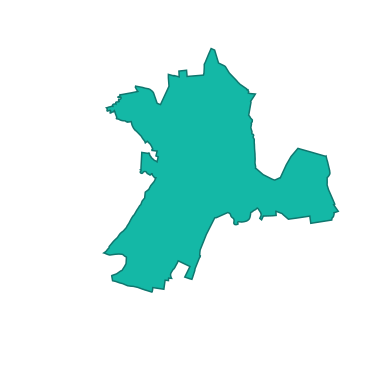 Cauas, Satu Mare, Romania, rotated 224°
{"feature_id": "2599482B72744366399171", "entity_name": "Cauas", "entity_type": "district", "adm_level": 2, "iso_a3": "ROU", "parent_name": "Romania", "parent_adm1": "Satu Mare", "projection": "albers", "projection_center": [22.564, 47.598], "detail": "fine", "context": "isolated", "style": "filled", "palette": "teal", "viewbox_px": 384, "rotation_deg": 224, "n_neighbors": 0, "source": "geoboundaries", "source_scale": "gbopen_adm2", "svg_char_len": 6027}
<svg xmlns="http://www.w3.org/2000/svg" viewBox="0 0 384 384"><g transform="rotate(224 192 192)"><path d="M214.5,306.5L218.7,303.1L220.2,302.3L221.0,303.6L221.9,303.8L222.6,304.4L222.9,304.5L223.1,304.4L223.2,303.8L223.4,303.7L224.2,304.0L224.6,304.1L232.6,302.8L233.9,302.9L234.6,302.8L237.3,303.1L247.9,303.5L255.2,305.4L256.8,305.1L262.5,303.2L274.3,309.8L277.9,308.5L275.7,302.5L272.5,294.4L271.9,292.4L269.6,290.0L266.1,286.0L265.9,285.7L265.0,284.0L275.8,271.7L280.5,275.8L285.4,269.9L281.2,265.9L285.8,263.3L286.0,263.1L286.0,262.9L285.9,262.8L290.7,260.2L288.3,257.7L282.0,252.1L275.4,233.0L277.3,232.1L278.5,231.7L278.9,231.7L288.6,236.6L290.3,236.9L291.6,236.8L293.4,236.6L294.8,236.1L298.0,234.0L300.0,233.0L306.1,229.0L305.5,228.0L302.0,226.9L300.8,226.7L304.4,221.4L310.8,212.5L311.3,212.0L311.7,211.9L311.9,211.8L311.1,211.8L310.8,211.6L310.7,211.3L310.8,210.7L310.7,209.8L311.2,209.2L311.3,209.0L311.2,208.8L311.0,208.7L310.6,208.9L310.0,209.4L309.5,210.4L309.3,210.6L309.1,210.8L308.8,210.8L308.2,210.2L308.0,209.7L308.0,209.2L308.1,208.7L308.2,208.4L309.0,207.7L308.7,207.0L308.4,206.9L307.6,206.8L307.3,206.6L307.3,206.4L307.3,206.1L308.9,204.2L309.0,204.0L309.0,203.4L308.2,202.7L308.4,202.7L308.4,202.2L308.5,201.9L309.0,201.3L309.4,200.8L309.6,200.3L309.6,199.8L309.5,199.3L308.4,198.6L309.5,197.7L309.9,196.6L310.7,195.6L311.2,194.5L311.6,193.8L312.0,193.1L311.2,193.1L310.7,192.9L310.5,192.7L310.0,191.8L309.5,191.4L309.2,191.4L309.0,191.5L307.7,193.9L307.5,194.0L307.2,194.0L306.9,193.7L306.2,192.4L305.7,192.0L305.3,192.4L305.2,193.1L305.1,193.7L305.0,193.9L304.7,194.4L304.1,195.2L304.0,195.4L304.1,195.7L304.4,196.1L304.5,196.3L304.5,196.6L303.3,196.2L301.5,195.1L298.0,193.5L297.9,193.3L297.6,192.6L297.5,192.4L297.2,192.3L295.9,193.1L295.2,193.5L294.2,193.8L293.7,193.9L292.4,194.5L291.3,195.2L289.7,196.6L288.8,196.9L287.9,196.9L287.1,197.8L286.8,197.6L285.9,198.7L284.9,200.2L284.7,200.4L281.8,198.6L280.2,197.9L278.4,197.3L277.3,197.1L275.6,196.9L275.5,197.1L273.0,197.1L267.3,196.9L264.7,196.2L261.3,195.7L259.7,194.9L259.4,197.4L255.2,197.4L252.7,196.7L250.2,195.7L250.1,194.1L250.1,193.8L250.2,193.7L245.5,197.2L243.0,192.9L240.7,193.8L238.1,189.4L239.2,189.3L241.0,188.6L245.2,188.5L246.2,188.9L247.8,189.0L249.2,190.0L250.0,190.2L250.4,189.7L250.2,189.4L255.6,185.6L245.6,174.1L244.4,172.8L244.5,172.3L244.3,172.4L243.8,172.3L243.4,171.9L243.3,171.5L243.3,170.7L243.1,170.4L242.7,170.1L242.4,170.1L241.9,170.1L241.5,170.2L240.9,170.7L240.7,171.4L240.9,172.6L240.8,172.9L240.6,173.6L240.0,174.1L239.4,174.5L238.9,174.6L238.6,174.6L237.8,174.4L237.0,174.2L235.9,174.6L234.0,175.0L233.8,175.3L233.8,176.8L233.8,177.1L233.4,177.4L233.1,177.3L232.3,176.7L228.8,176.3L228.6,176.4L227.9,177.1L227.5,176.3L226.5,173.3L226.1,168.0L225.9,167.2L224.9,163.9L225.5,159.4L221.9,154.8L221.7,152.3L221.6,151.1L221.3,150.2L220.0,147.2L220.1,146.7L220.1,145.7L219.4,142.6L219.1,140.7L217.9,136.1L217.7,134.6L217.8,133.9L217.2,130.9L215.6,125.5L215.1,122.7L214.5,120.8L214.4,118.4L214.3,116.2L214.6,114.6L214.8,112.4L214.6,110.7L214.0,107.5L214.2,103.4L214.2,101.8L213.7,95.2L212.9,94.3L212.9,92.3L212.8,91.1L212.7,90.9L212.6,90.0L212.8,88.3L213.1,86.9L211.1,87.9L210.9,87.8L209.3,88.5L207.7,89.3L207.0,90.0L204.5,93.2L203.6,94.3L201.5,96.6L199.1,98.6L198.1,99.0L196.0,99.1L194.0,99.6L193.8,99.5L193.3,98.9L189.8,94.8L189.6,94.4L188.8,91.6L187.9,87.1L188.0,86.6L188.4,85.8L189.1,82.2L189.4,80.7L191.6,76.3L191.6,76.0L187.5,73.0L184.9,74.6L180.9,76.4L178.3,77.9L173.3,79.8L170.9,81.5L168.6,83.4L164.6,85.8L160.2,87.7L158.9,88.4L158.5,88.5L156.0,89.8L151.4,92.1L151.3,92.3L151.4,92.6L152.4,94.3L152.5,94.3L153.8,96.0L144.7,102.5L150.1,109.9L147.4,111.9L149.0,113.8L146.7,115.7L147.6,116.0L149.0,116.8L150.1,117.7L150.8,118.9L151.2,120.4L151.8,123.3L151.7,123.6L151.6,123.9L151.8,125.4L152.1,126.6L152.4,127.4L153.3,130.8L154.1,132.9L141.7,137.0L138.1,125.8L133.4,128.0L131.4,129.1L132.3,131.1L135.4,137.4L136.5,138.9L140.9,149.7L141.3,150.8L141.1,151.0L141.7,151.9L142.5,151.8L144.4,154.0L145.9,156.0L149.4,164.6L152.2,171.4L157.7,189.2L157.7,189.4L156.9,190.1L156.6,190.6L152.0,202.1L150.4,202.7L149.7,202.8L148.9,202.6L146.9,201.6L146.1,201.5L144.2,201.7L143.2,201.6L142.1,200.9L141.4,200.1L140.8,199.2L139.9,198.4L139.4,198.3L138.8,198.3L138.6,198.4L137.8,198.9L137.5,199.2L136.6,200.7L136.7,200.9L137.3,201.4L138.1,201.9L138.1,202.5L138.0,202.8L137.6,203.2L135.4,204.9L134.0,206.7L133.6,207.3L132.7,208.8L132.4,209.5L132.1,211.0L132.1,212.5L132.8,214.2L134.1,216.2L135.5,218.0L135.5,218.3L135.1,219.1L134.9,219.9L134.8,221.5L134.1,223.4L134.0,224.3L134.0,225.2L134.0,225.5L133.7,225.9L132.4,225.8L128.8,225.0L127.6,224.5L126.8,224.0L125.9,222.9L125.7,222.5L125.4,221.4L124.9,220.1L122.6,220.3L124.0,224.3L123.8,224.4L117.8,230.6L115.2,233.6L118.3,236.4L118.2,236.5L112.1,239.1L111.6,239.1L111.1,239.0L103.8,239.4L103.6,239.6L102.6,240.9L98.8,245.7L90.5,256.5L84.8,252.0L81.4,256.5L72.0,268.9L72.7,269.8L73.2,270.9L73.1,272.1L73.2,272.5L73.4,273.0L74.4,274.7L74.9,275.3L75.5,275.7L74.7,277.1L73.4,279.7L79.5,280.9L81.1,281.3L80.9,281.5L80.8,282.4L86.9,285.0L95.4,288.5L99.7,290.9L101.5,292.9L103.1,294.5L104.8,296.3L104.8,296.6L104.7,297.4L104.9,299.0L105.4,300.7L106.0,301.5L106.9,302.2L107.7,302.9L115.5,307.9L117.5,309.0L120.6,311.0L120.7,310.6L120.9,310.4L122.9,309.3L133.7,303.6L144.3,297.9L146.1,297.0L145.4,286.3L143.1,277.1L138.4,263.7L138.5,263.7L140.7,258.1L142.5,257.2L143.9,256.7L152.9,253.9L162.0,253.4L162.7,253.1L163.6,254.2L164.2,254.7L166.7,256.5L167.2,257.0L169.4,259.5L171.5,261.5L173.1,263.1L177.2,266.7L180.3,269.7L181.4,270.6L183.7,273.0L184.7,273.5L185.5,273.5L186.2,274.0L186.6,274.6L187.0,275.6L187.6,275.9L188.2,275.9L189.0,275.5L189.4,275.6L190.0,276.0L190.4,276.7L190.9,277.2L192.1,277.8L194.2,279.0L194.5,279.3L196.2,281.9L196.5,282.3L197.2,282.6L197.3,282.9L197.4,283.9L197.5,284.4L198.6,285.7L199.0,285.8L201.3,285.9L202.4,286.3L203.4,286.5L204.5,286.5L211.8,297.4L212.1,297.7L212.8,297.9L213.9,303.8L214.5,306.5Z" fill="#14b8a6" stroke="#0f766e" stroke-width="1.5"/></g></svg>